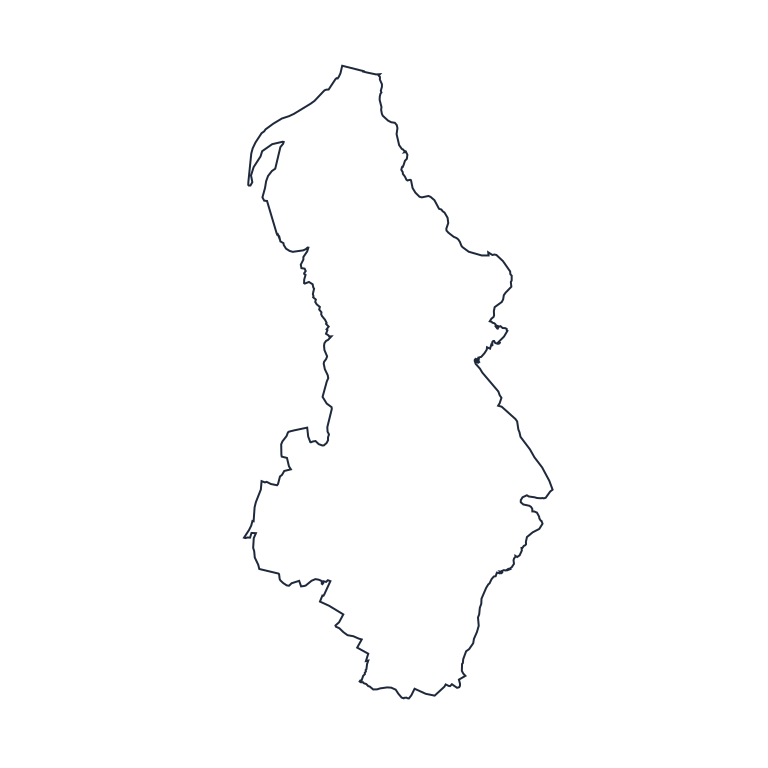 the district of Izvoru Crisului, Cluj, Romania, rotated 286°
{"feature_id": "2599482B40318061707597", "entity_name": "Izvoru Crisului", "entity_type": "district", "adm_level": 2, "iso_a3": "ROU", "parent_name": "Romania", "parent_adm1": "Cluj", "projection": "mercator", "projection_center": [23.108, 46.847], "detail": "fine", "context": "isolated", "style": "outline", "palette": "slate", "viewbox_px": 768, "rotation_deg": 286, "n_neighbors": 0, "source": "geoboundaries", "source_scale": "gbopen_adm2", "svg_char_len": 6138}
<svg xmlns="http://www.w3.org/2000/svg" viewBox="0 0 768 768"><g transform="rotate(286 384 384)"><path d="M462.7,486.3L470.0,488.2L468.9,487.5L470.8,486.7L471.1,485.1L470.5,482.6L471.7,480.0L471.0,479.0L471.1,477.4L470.2,478.3L468.6,478.1L468.5,477.7L470.3,475.2L471.5,475.3L472.2,474.5L472.8,473.3L472.8,471.3L473.4,470.4L473.4,468.4L476.3,469.2L478.6,470.8L480.3,470.9L484.4,469.5L488.4,469.2L495.3,474.6L498.2,475.2L502.4,474.7L505.3,475.7L512.6,479.6L517.0,477.8L518.6,478.2L523.3,476.9L524.4,475.2L527.0,474.2L534.9,464.5L539.0,456.5L538.9,454.5L537.9,452.6L539.3,447.9L536.4,449.1L534.5,442.5L534.5,429.0L537.2,421.7L538.2,420.3L541.5,417.8L543.4,415.6L544.3,413.5L544.7,410.4L547.2,404.2L548.7,401.8L550.4,401.1L556.4,401.4L561.3,399.3L565.5,394.9L566.2,392.8L567.5,391.1L567.6,388.6L574.6,381.8L576.7,377.2L577.0,374.9L573.8,368.9L573.8,366.5L576.6,361.4L580.2,357.5L587.3,353.8L587.5,352.8L586.1,350.4L586.6,349.2L589.2,346.9L591.1,344.3L592.8,343.6L594.7,341.6L597.3,341.5L597.9,341.7L597.9,342.2L600.1,342.5L604.3,342.6L606.8,343.9L610.8,343.3L613.1,341.2L612.4,339.8L613.6,340.4L613.8,338.9L614.6,337.9L614.9,336.3L617.8,332.7L627.7,327.2L633.7,326.4L636.4,324.9L638.1,322.4L637.6,318.8L638.3,315.3L641.5,308.9L643.1,307.5L646.7,305.7L649.6,305.2L655.9,301.5L659.2,300.7L662.2,300.6L663.5,301.2L665.0,300.1L669.0,300.1L671.6,299.4L675.5,296.1L678.0,295.5L679.0,293.9L680.7,294.7L679.4,291.1L678.7,281.3L678.6,278.0L679.1,278.1L678.4,256.1L670.7,256.5L666.9,255.9L664.9,255.2L664.9,254.1L663.6,253.3L651.8,249.6L651.0,247.3L649.8,245.8L636.9,239.1L633.1,236.1L618.9,223.0L615.3,218.9L611.1,212.7L603.7,205.8L596.2,200.0L593.7,199.1L591.4,197.2L580.8,193.9L574.2,192.8L568.9,192.9L541.0,197.9L538.0,198.6L537.5,199.4L538.0,200.9L541.7,201.8L547.8,198.7L556.5,198.9L568.8,202.6L574.2,202.7L583.7,210.4L589.0,219.9L589.0,220.9L587.1,220.8L583.2,219.1L561.0,220.1L557.8,217.5L552.0,215.2L546.5,214.8L539.6,215.6L529.9,215.7L527.2,218.3L527.7,221.1L499.2,239.3L497.3,240.9L499.6,239.9L496.5,242.3L497.3,242.2L497.0,242.6L492.5,245.1L491.7,248.5L489.9,249.4L487.1,252.5L485.9,256.6L485.9,259.9L490.2,269.5L492.1,271.7L494.1,272.9L494.2,273.7L490.2,273.6L483.9,271.5L481.3,272.2L475.8,271.1L472.6,272.7L473.0,275.9L471.0,277.6L468.4,276.7L467.8,277.0L467.3,278.5L462.4,278.5L458.9,279.4L458.7,280.2L461.4,283.7L460.2,287.9L457.2,289.5L456.4,290.5L450.9,290.8L449.0,292.0L447.8,292.0L446.4,295.2L443.9,295.3L442.0,297.4L440.4,301.1L437.7,301.2L435.7,304.1L433.7,304.4L432.2,305.7L429.5,309.6L426.9,312.0L425.8,311.7L423.9,315.0L420.7,313.7L420.2,314.8L416.3,314.4L415.4,317.3L414.6,318.1L415.3,320.3L411.0,318.1L409.4,316.4L406.8,315.5L404.3,315.8L400.2,317.4L394.9,321.7L392.0,321.5L388.9,320.3L387.0,320.4L382.0,323.0L376.9,327.5L374.2,328.8L370.7,328.3L354.7,328.5L349.4,334.3L347.3,340.0L345.6,340.7L326.9,341.4L322.6,342.9L320.4,345.0L317.2,344.9L314.5,345.7L311.5,345.1L308.4,343.1L307.9,341.6L308.2,337.8L310.3,333.9L309.1,331.4L307.8,329.8L307.8,329.2L312.6,325.6L320.9,322.2L314.6,310.3L312.0,305.8L311.0,305.0L307.1,304.7L300.9,302.2L297.7,301.8L287.6,304.9L286.0,305.7L286.2,311.1L278.7,315.3L276.3,318.0L272.9,312.1L268.5,311.0L266.4,309.5L258.7,309.7L257.2,309.1L256.7,302.8L257.6,298.2L256.6,296.7L256.9,293.1L248.6,294.7L235.1,293.4L229.8,293.6L216.1,296.5L216.1,295.3L211.3,295.4L206.4,294.5L197.7,291.8L197.7,293.3L198.8,295.0L199.4,297.6L204.3,297.7L205.3,302.0L199.9,301.3L190.4,303.4L187.5,305.3L181.6,307.6L175.6,312.9L171.8,315.1L172.7,334.9L172.2,335.6L167.7,337.5L166.6,338.6L164.9,341.9L163.6,346.0L163.9,348.3L167.0,350.1L171.4,356.7L166.6,360.1L167.7,362.7L168.7,364.3L174.9,368.6L177.5,371.8L177.9,375.0L177.6,377.7L176.7,378.8L174.9,379.2L174.6,379.9L175.8,380.5L177.7,380.1L177.8,382.9L179.9,384.1L179.7,386.8L165.4,384.6L163.8,384.2L163.7,383.1L157.2,382.4L155.7,392.3L151.3,408.4L142.6,406.5L138.5,403.9L137.5,404.6L136.9,408.4L134.2,413.5L132.5,418.2L133.1,424.1L132.3,429.8L132.3,433.0L123.2,430.9L120.4,443.2L112.7,443.0L113.8,445.1L110.3,444.9L105.0,445.7L103.9,445.2L102.7,445.8L101.0,445.1L99.9,445.6L97.7,444.4L93.2,444.2L92.4,442.9L91.3,442.6L90.9,444.1L91.6,445.8L90.8,447.0L90.7,449.7L89.2,452.2L89.3,453.6L87.4,457.8L88.6,461.6L90.3,464.1L93.2,470.6L94.1,474.6L93.4,479.5L90.2,483.2L87.4,487.4L87.3,489.6L87.9,489.9L88.7,492.1L88.4,493.1L88.6,494.6L92.3,496.1L99.5,497.4L97.7,509.5L98.4,518.6L109.7,525.5L112.2,526.1L111.6,529.5L111.8,530.8L114.1,532.0L112.1,538.0L113.3,539.9L114.8,540.2L116.8,539.7L120.5,537.5L125.9,542.7L127.5,540.0L129.7,537.9L136.4,536.2L137.4,536.7L141.4,536.0L149.7,536.6L152.6,538.9L159.4,541.2L163.8,540.7L171.2,541.7L177.7,541.7L185.5,538.7L188.8,539.0L195.3,537.8L199.5,538.1L204.5,536.9L216.2,538.4L220.2,539.5L221.4,540.4L226.1,541.2L229.2,542.6L230.0,544.3L233.8,544.5L233.9,547.2L234.7,547.0L234.6,548.7L235.3,548.6L235.1,550.3L235.9,548.1L236.1,549.3L236.8,548.9L238.1,550.5L238.3,552.5L239.9,553.9L239.2,554.2L240.2,555.5L240.2,554.7L240.6,554.7L241.2,555.8L243.1,557.3L247.0,558.5L250.3,557.1L252.2,557.1L254.2,558.0L255.0,557.7L254.4,559.7L256.7,561.6L261.9,562.4L264.3,561.4L264.5,562.2L266.9,563.0L267.9,564.2L269.1,564.7L271.4,563.9L276.3,563.6L282.4,567.8L287.5,573.2L293.4,574.9L295.8,573.1L295.8,572.4L297.6,570.4L299.2,569.7L302.5,566.5L302.9,563.7L302.4,561.7L304.9,560.9L306.4,559.2L307.0,557.3L306.6,551.1L308.0,548.1L310.0,547.5L313.3,548.4L316.4,552.0L315.8,554.2L316.6,559.9L316.6,562.5L317.4,566.3L318.1,567.9L318.1,569.1L319.2,570.8L326.5,573.4L328.9,575.2L336.6,569.5L347.4,559.0L355.0,548.8L361.4,542.3L370.8,529.8L375.0,527.5L377.3,525.7L384.7,522.3L386.5,520.1L394.6,503.4L394.6,499.7L397.5,500.5L403.1,500.7L405.1,498.3L408.3,496.0L422.1,475.3L425.2,472.0L428.6,466.6L431.2,464.8L432.5,464.6L433.2,465.1L431.8,466.3L431.6,467.2L430.8,467.4L431.2,468.3L430.5,468.7L431.3,469.4L431.9,468.7L431.9,467.5L432.6,467.1L433.0,467.9L433.8,466.9L434.4,468.2L435.4,467.5L436.9,470.0L441.3,472.1L445.3,473.3L447.7,472.9L447.2,476.2L451.3,476.3L450.9,477.2L451.2,477.5L454.0,476.5L455.5,477.2L455.7,478.0L454.3,479.3L454.1,480.0L454.0,482.4L454.9,483.8L455.4,483.9L455.3,482.2L462.7,486.3Z" fill="none" stroke="#1e293b" stroke-width="2"/></g></svg>